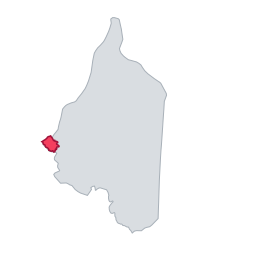 Afrin, Aleppo, Syria shown in context, rotated 305°
{"feature_id": "27442178B88911382861768", "entity_name": "Afrin", "entity_type": "district", "adm_level": 2, "iso_a3": "SYR", "parent_name": "Syria", "parent_adm1": "Aleppo", "projection": "robinson", "projection_center": [36.751, 36.572], "detail": "fine", "context": "in_parent", "style": "filled", "palette": "rose", "viewbox_px": 256, "rotation_deg": 305, "n_neighbors": 0, "source": "geoboundaries", "source_scale": "gbopen_adm2", "svg_char_len": 3686}
<svg xmlns="http://www.w3.org/2000/svg" viewBox="0 0 256 256"><g transform="rotate(305 128 128)"><path d="M47.4,93.8L49.3,94.0L53.4,96.4L54.1,96.3L55.3,93.2L56.5,92.1L59.1,91.1L59.8,86.0L61.0,85.0L62.4,84.5L64.6,84.4L66.4,84.1L66.6,83.2L63.9,77.2L64.2,75.7L65.4,69.7L66.2,67.4L67.0,66.6L70.0,66.9L74.2,68.0L75.3,69.7L77.4,71.2L80.5,71.1L84.0,71.4L86.8,71.5L89.0,70.4L94.0,68.4L96.5,67.7L98.8,66.8L106.0,63.6L108.9,63.8L110.9,64.2L112.4,64.8L115.9,67.0L118.7,69.3L120.7,70.0L124.2,69.9L129.4,70.3L135.7,70.3L139.4,69.7L144.1,68.6L152.4,65.9L163.4,60.3L169.9,57.5L172.6,57.2L176.3,57.2L179.9,57.9L184.1,58.4L186.0,58.4L190.4,57.8L196.2,56.7L199.8,55.7L204.2,54.2L206.9,51.7L207.8,51.4L208.9,51.9L209.5,52.0L210.6,53.5L211.9,57.2L211.9,57.6L211.7,58.7L208.9,61.7L205.1,65.9L202.3,68.5L197.7,72.9L194.2,73.9L188.2,75.4L186.7,77.0L185.2,79.5L184.4,82.9L184.2,85.0L184.1,89.0L185.6,93.1L187.0,97.1L187.2,99.7L187.1,102.3L185.9,105.0L184.5,108.8L183.8,113.1L183.5,121.1L183.6,127.9L183.5,129.1L181.1,133.9L178.3,139.5L176.9,140.8L170.6,142.5L163.8,146.7L156.1,151.3L149.2,155.5L141.9,159.9L134.3,164.5L128.8,167.7L121.6,172.1L114.9,176.3L108.2,180.5L103.1,183.7L95.3,188.8L90.7,191.8L84.0,196.2L78.1,200.0L71.1,204.6L62.3,203.2L59.6,202.4L57.3,200.3L55.6,199.1L51.5,197.9L48.8,193.8L47.2,192.4L44.4,191.7L45.6,189.1L45.9,187.4L47.1,185.3L46.3,183.9L46.0,181.0L45.4,180.2L45.2,179.5L45.7,178.5L45.5,177.5L45.0,177.1L44.8,175.7L44.4,174.6L44.6,173.3L45.2,172.4L45.9,170.8L46.6,170.3L47.8,169.2L48.1,168.1L49.2,167.1L50.6,166.2L50.9,165.5L50.7,165.1L49.3,164.4L48.5,163.0L49.2,161.0L49.7,160.4L50.5,159.4L52.4,157.9L53.9,157.7L55.2,157.7L57.3,157.8L59.0,158.1L59.4,157.7L59.4,157.2L57.3,156.0L57.2,155.1L57.7,154.0L59.2,152.4L60.9,151.2L61.8,151.0L63.8,148.6L65.1,145.9L63.0,139.4L61.8,138.4L59.7,137.5L58.5,137.4L58.4,136.9L60.1,135.3L61.2,133.9L59.9,132.5L57.7,131.8L56.8,133.3L54.0,133.4L49.5,133.4L47.5,126.5L47.2,123.5L47.3,120.1L48.7,115.1L48.0,112.8L48.0,111.2L47.6,109.0L44.1,104.4L46.1,95.9L47.4,93.8Z" fill="#d9dde1" stroke="#a8b0b8" stroke-width="1"/><path d="M73.5,81.9L73.8,81.4L73.9,80.8L73.9,80.2L73.8,79.5L73.8,78.9L74.0,78.6L74.8,78.4L75.2,78.5L75.7,78.8L76.0,78.7L76.2,78.4L76.2,77.9L76.2,77.6L75.9,76.8L75.4,76.3L75.3,76.0L75.6,75.5L75.9,75.0L75.6,74.8L75.2,74.8L75.1,74.5L75.2,74.0L75.2,73.9L75.3,73.7L75.7,72.9L76.1,72.3L76.4,71.8L76.4,71.4L76.5,71.2L76.4,71.0L76.4,70.9L76.5,70.6L76.6,70.4L77.1,69.4L77.2,69.2L77.0,68.9L76.9,68.9L76.4,68.7L76.2,68.6L75.9,68.4L75.7,68.1L75.5,67.9L75.4,67.8L74.8,67.5L74.3,67.3L74.2,67.3L73.9,67.3L73.2,67.4L72.6,67.3L70.7,66.7L69.6,66.2L69.2,66.0L69.1,65.9L67.8,65.6L67.7,65.6L67.4,65.3L67.3,65.6L67.4,65.8L67.5,66.0L67.5,66.3L67.3,66.7L67.1,66.9L67.0,67.0L66.8,67.3L66.7,67.3L66.4,67.7L66.3,67.8L66.2,67.9L66.2,68.0L66.1,68.3L66.3,68.6L66.4,68.9L66.5,69.3L66.5,69.6L66.3,69.7L66.3,69.8L66.2,69.9L66.2,70.0L66.0,70.4L65.7,70.6L65.3,71.3L65.2,71.7L65.2,71.8L65.3,72.1L65.5,72.8L65.6,73.1L65.6,73.5L65.5,74.0L65.4,74.2L65.4,74.4L65.3,74.7L65.1,75.2L64.8,75.5L64.5,75.8L64.3,75.9L64.3,76.0L64.4,76.3L64.6,76.7L64.7,76.9L64.7,77.4L64.7,77.6L64.8,77.6L64.9,77.8L64.9,78.0L65.0,78.3L65.1,78.5L65.2,78.8L65.2,79.0L65.3,79.1L65.5,79.2L65.9,79.2L66.0,79.2L66.1,79.3L66.0,79.7L66.1,79.9L66.2,80.1L66.2,80.4L66.0,80.6L65.8,80.8L65.7,81.0L65.8,81.2L66.1,81.1L66.5,80.9L66.8,80.9L66.9,81.0L67.0,81.0L67.3,81.2L67.3,81.4L67.5,81.3L67.9,81.4L68.0,81.4L68.3,81.4L68.5,81.3L68.7,81.2L68.8,81.2L68.7,81.1L68.7,80.9L68.9,80.8L69.1,80.8L69.3,80.9L69.4,81.0L69.5,81.3L69.6,81.6L70.0,81.6L70.5,81.3L70.6,80.9L71.0,80.7L71.5,80.7L71.8,80.7L72.0,80.9L72.3,81.4L72.6,81.8L73.0,82.1L73.5,82.0L73.5,81.9Z" fill="#f43f5e" stroke="#9f1239" stroke-width="1.5"/></g></svg>